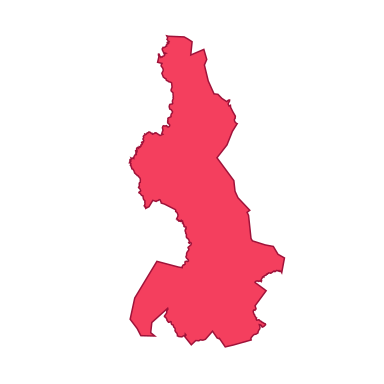 Chínipas, Chihuahua, Mexico (orthographic projection), rotated 171°
{"feature_id": "50627088B8922966525201", "entity_name": "Chínipas", "entity_type": "district", "adm_level": 2, "iso_a3": "MEX", "parent_name": "Mexico", "parent_adm1": "Chihuahua", "projection": "orthographic", "projection_center": [-108.464, 27.395], "detail": "fine", "context": "isolated", "style": "filled", "palette": "rose", "viewbox_px": 384, "rotation_deg": 171, "n_neighbors": 0, "source": "geoboundaries", "source_scale": "gbopen_adm2", "svg_char_len": 6026}
<svg xmlns="http://www.w3.org/2000/svg" viewBox="0 0 384 384"><g transform="rotate(171 192 192)"><path d="M190.0,43.9L188.2,42.8L187.8,43.1L183.4,33.8L175.2,34.4L156.7,36.6L156.8,38.0L156.1,39.1L153.9,41.0L152.9,41.5L151.0,41.6L148.9,42.5L148.5,43.8L147.3,45.5L146.8,45.8L146.1,47.2L146.0,49.1L146.2,49.6L146.3,50.5L145.2,50.1L144.3,49.2L144.0,47.8L143.5,47.5L141.9,48.1L140.1,49.4L140.2,50.3L141.8,51.3L142.6,52.2L143.1,52.3L143.9,53.4L144.9,54.0L145.7,55.2L146.3,55.4L147.0,55.1L147.7,55.5L148.2,55.4L148.5,56.5L148.0,57.4L148.4,57.5L148.6,58.3L149.3,59.6L149.4,60.9L149.7,61.1L150.2,63.1L150.2,64.7L149.6,65.7L149.4,65.8L148.3,65.3L148.0,66.0L147.0,66.5L147.5,69.8L134.2,82.9L143.9,92.7L143.8,93.2L142.5,94.0L141.2,94.0L140.6,93.3L139.7,93.7L138.9,93.2L138.3,93.6L137.6,92.7L137.1,93.5L137.3,94.6L136.6,95.7L135.7,96.3L135.6,97.0L134.8,97.2L134.3,96.8L134.1,97.6L133.6,98.0L131.8,98.3L131.2,99.2L130.5,99.0L130.1,99.6L129.1,99.7L128.9,100.1L127.5,99.9L127.2,99.5L126.7,99.5L123.4,101.1L123.3,100.8L122.7,100.4L121.9,100.5L120.9,101.3L119.6,100.9L119.2,100.4L118.4,100.8L117.9,99.9L117.6,99.8L117.2,100.1L116.6,99.9L116.0,98.3L111.0,112.4L116.8,117.0L120.2,125.5L128.0,128.3L140.0,134.3L141.0,136.9L139.8,160.1L140.8,163.3L137.8,164.9L147.5,179.1L149.4,186.0L148.9,196.7L162.0,221.9L150.1,233.0L142.6,245.6L136.7,252.4L137.3,252.7L138.4,254.2L138.9,255.4L138.8,257.0L137.7,258.3L137.7,259.1L137.3,260.1L139.1,264.8L140.6,269.5L140.5,271.6L141.9,271.1L142.5,272.8L142.3,273.9L140.6,276.1L140.5,277.0L141.7,277.0L143.6,275.9L147.8,279.7L151.1,284.4L154.9,285.5L158.6,299.1L159.9,315.5L156.7,320.6L158.0,331.0L171.8,327.5L168.4,340.4L172.4,344.0L175.5,346.4L190.8,349.5L192.5,350.2L191.9,348.3L192.8,346.6L192.5,346.5L191.8,344.4L191.2,344.2L191.8,343.6L191.6,343.1L191.9,342.5L192.1,342.6L192.6,343.7L193.1,343.6L193.2,343.1L192.8,342.1L194.2,341.3L194.3,340.1L195.0,340.1L195.6,339.5L197.3,339.0L197.9,339.4L199.0,338.1L199.1,337.1L198.2,334.1L196.2,333.1L197.9,332.7L197.5,332.0L197.6,331.5L198.3,330.8L199.7,330.6L200.3,330.0L201.2,330.3L201.7,329.8L202.4,331.0L202.9,333.2L203.1,333.5L203.6,333.4L203.7,331.9L203.4,331.1L205.7,325.5L201.5,323.7L202.5,322.3L202.8,321.4L201.6,319.1L201.3,317.6L201.5,316.3L203.2,314.0L202.3,309.9L201.6,309.3L201.1,308.6L200.1,308.0L199.8,306.2L198.6,305.6L198.0,304.7L195.8,303.7L195.1,303.0L195.1,302.5L195.3,298.7L196.7,296.1L196.8,295.2L195.2,292.8L195.5,290.9L195.5,289.2L195.9,288.6L195.7,287.6L197.2,284.9L197.2,282.6L197.6,282.1L200.1,282.0L200.6,281.4L201.2,279.8L201.0,277.4L199.5,276.4L199.1,275.2L198.7,274.6L199.0,273.4L200.3,272.2L200.9,270.7L200.9,269.7L204.0,268.8L204.4,268.2L204.4,267.3L205.0,265.7L204.7,265.1L205.2,264.4L205.1,263.9L203.6,262.1L203.6,261.1L204.1,260.3L205.1,259.9L206.2,260.3L206.7,261.5L208.5,261.4L209.6,261.9L210.4,261.6L211.2,260.1L211.0,257.6L212.7,254.5L211.8,253.6L214.7,252.8L218.2,256.0L218.6,255.8L219.0,256.2L219.4,256.2L220.4,255.6L221.9,255.2L222.1,255.3L222.2,256.2L223.2,256.5L224.2,257.7L225.0,258.0L225.4,258.0L225.9,257.4L227.0,257.4L227.9,256.4L228.5,256.2L229.4,256.6L229.3,255.9L230.4,255.5L231.4,254.6L231.2,253.3L232.2,252.0L231.6,250.4L232.2,249.0L233.3,249.3L234.0,248.9L234.1,248.5L233.4,247.5L234.2,246.6L235.2,246.4L235.3,245.2L235.9,244.6L237.0,245.1L237.2,244.3L237.7,244.4L238.0,243.6L238.9,244.5L239.7,243.9L240.0,243.3L239.8,241.4L240.2,241.3L240.4,241.9L241.0,241.7L240.6,241.1L239.4,240.7L241.0,240.5L240.6,239.7L241.2,239.5L241.1,239.1L241.4,238.7L241.0,238.2L241.1,237.8L241.8,238.2L243.6,236.3L243.8,235.5L244.3,235.3L244.3,234.3L244.9,234.7L245.0,234.4L246.0,234.5L246.7,235.0L246.5,234.3L247.0,234.2L247.2,233.5L247.6,233.3L248.0,233.7L248.4,233.3L248.3,232.8L247.6,232.7L247.8,231.6L248.2,231.4L248.9,231.4L249.1,230.9L248.7,231.0L248.5,230.1L247.9,229.4L248.7,228.0L248.0,227.2L248.2,226.4L247.8,226.0L247.8,224.3L246.7,223.7L245.9,221.5L245.7,219.7L245.4,219.6L244.6,218.3L243.9,217.7L243.6,216.9L242.6,216.4L242.5,215.8L241.3,214.1L241.0,212.7L241.6,209.6L242.4,209.4L242.8,208.7L243.1,206.0L244.1,205.0L243.9,204.4L242.9,203.2L242.5,201.4L242.7,200.9L244.5,200.0L244.5,199.5L243.3,198.5L242.3,196.5L241.1,195.9L241.1,192.8L240.6,191.6L240.0,190.9L239.9,190.4L240.2,189.5L240.2,187.9L240.9,186.2L241.4,185.8L240.4,184.7L240.7,184.4L240.5,184.0L240.1,184.0L240.2,183.1L236.8,184.2L232.0,189.9L228.9,188.3L228.5,188.6L226.5,189.0L225.6,189.6L224.8,189.3L224.1,186.6L224.1,185.9L221.1,184.4L211.3,177.3L210.9,176.6L211.2,175.3L210.0,174.1L209.4,171.6L209.8,170.1L211.3,168.0L210.9,167.9L211.0,167.0L210.3,166.8L210.2,166.2L209.7,166.1L209.7,165.4L209.0,165.2L209.1,165.6L208.5,165.5L208.6,165.1L208.2,164.9L208.2,165.3L207.7,165.6L207.1,165.7L207.2,165.3L206.8,165.2L207.2,165.0L207.1,164.5L205.9,164.1L205.7,163.1L206.1,162.7L205.5,162.3L205.6,161.5L205.1,160.6L205.3,159.7L205.0,159.4L205.2,159.1L204.9,158.8L203.4,158.3L203.6,156.7L204.0,156.6L204.1,155.9L204.7,155.6L204.8,155.2L204.8,153.8L204.5,153.3L204.7,152.2L204.1,151.0L204.6,148.8L204.5,147.8L203.2,146.4L202.5,144.9L202.4,143.4L202.5,142.9L203.2,142.5L203.0,142.1L202.5,141.7L201.7,142.5L201.3,142.4L200.8,141.7L200.7,141.2L201.4,139.9L204.6,137.9L204.6,137.3L204.1,136.6L204.2,135.6L204.4,135.2L206.4,133.2L207.1,131.7L207.2,130.4L208.0,129.3L208.1,128.8L207.8,127.7L206.3,125.6L206.3,124.5L207.1,124.0L208.0,124.5L209.6,124.4L210.0,123.4L210.1,121.9L211.0,121.3L212.0,121.4L213.3,120.0L213.5,118.8L216.9,119.9L237.5,129.0L265.1,96.3L273.0,76.0L267.5,65.7L265.0,58.1L251.3,55.6L254.8,59.5L252.1,69.4L234.2,81.0L234.1,80.1L235.6,78.3L235.9,76.6L238.7,73.7L238.6,73.0L237.9,72.6L237.3,71.6L236.7,70.0L236.8,69.2L235.6,67.0L234.4,67.0L233.4,67.4L233.0,67.2L233.0,64.9L232.5,64.1L231.5,63.7L231.1,61.4L230.1,60.1L230.2,58.4L230.5,57.7L229.9,56.1L229.1,55.0L228.8,53.7L228.9,52.1L228.4,52.0L227.7,51.3L224.6,50.5L222.8,51.3L221.6,51.4L221.1,51.9L220.9,52.7L220.4,51.8L219.8,52.2L221.7,50.2L216.6,41.2L211.5,44.7L208.5,44.0L206.8,44.7L205.2,44.1L204.1,44.0L201.8,44.4L193.5,51.3L190.0,43.9Z" fill="#f43f5e" stroke="#9f1239" stroke-width="1.5"/></g></svg>